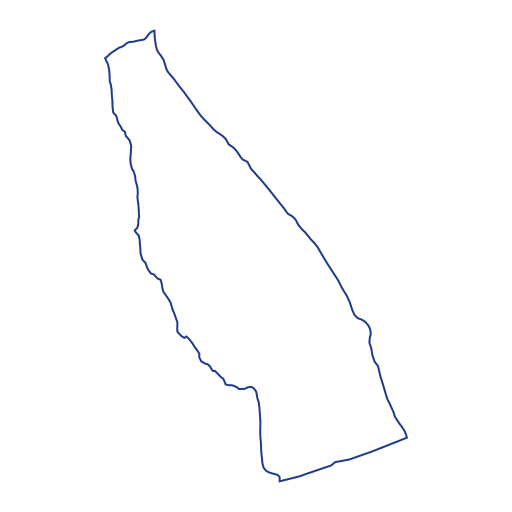 Bobasi, Nyanza, Kenya
{"feature_id": "3690345B31874889890147", "entity_name": "Bobasi", "entity_type": "district", "adm_level": 2, "iso_a3": "KEN", "parent_name": "Kenya", "parent_adm1": "Nyanza", "projection": "equal_earth", "projection_center": [34.791, -0.819], "detail": "fine", "context": "isolated", "style": "outline", "palette": "blue", "viewbox_px": 512, "rotation_deg": 0, "n_neighbors": 0, "source": "geoboundaries", "source_scale": "gbopen_adm2", "svg_char_len": 3533}
<svg xmlns="http://www.w3.org/2000/svg" viewBox="0 0 512 512"><path d="M406.9,437.7L406.0,434.5L404.8,431.4L402.3,427.4L400.0,424.4L397.8,421.1L395.0,416.9L393.4,411.9L391.3,407.2L389.6,403.4L387.3,399.1L385.3,392.5L383.4,386.0L380.3,376.1L379.1,370.7L377.9,366.0L374.6,361.6L372.5,355.5L371.2,348.2L369.4,342.8L369.8,337.9L370.8,333.6L370.1,329.1L368.4,325.6L365.4,322.0L361.3,319.4L357.8,318.2L354.6,315.1L352.5,310.5L351.3,307.1L349.9,302.6L346.8,295.7L344.0,291.3L341.1,286.3L338.4,280.8L336.3,277.4L334.1,274.1L330.4,268.3L327.6,264.0L324.4,258.8L321.1,253.2L320.0,251.3L317.7,247.3L314.7,243.4L310.7,239.2L307.7,235.4L305.3,232.5L302.7,230.0L301.6,228.9L300.8,227.9L298.2,224.7L296.6,221.6L295.9,220.2L295.1,219.1L293.1,217.0L291.3,215.7L288.4,214.1L287.0,212.7L284.3,208.7L281.4,205.1L280.3,203.8L277.4,200.1L275.7,198.0L274.2,196.1L269.6,190.3L264.9,184.5L264.0,183.5L261.1,179.9L259.8,178.5L258.2,176.9L254.9,173.1L251.0,168.8L247.5,161.9L242.8,159.6L240.5,156.9L239.4,155.2L238.7,154.0L236.0,150.3L233.7,147.9L232.1,146.6L228.8,144.5L226.9,141.0L226.1,139.5L225.0,138.2L222.4,135.8L219.4,133.7L217.3,132.5L213.7,129.5L209.6,124.9L208.4,123.7L204.4,119.7L200.7,115.6L196.0,109.2L192.9,104.6L191.6,102.7L190.3,100.8L186.9,96.2L183.1,91.0L180.2,87.4L179.0,85.9L177.7,84.2L174.0,79.1L171.0,75.6L168.2,72.3L167.4,71.0L166.3,68.7L165.1,64.7L163.5,59.7L161.0,55.8L158.7,52.9L157.1,50.2L155.7,44.7L155.3,41.9L154.7,37.1L154.4,30.7L151.1,31.9L149.6,33.4L148.4,34.6L146.3,37.5L144.6,39.3L141.0,40.2L138.7,40.4L135.5,41.2L134.3,41.5L133.0,41.8L129.3,42.0L126.4,43.4L124.4,45.2L121.8,46.8L120.6,47.2L119.3,47.6L116.5,49.4L112.7,51.9L111.3,52.8L110.3,53.6L107.9,56.0L105.1,58.2L108.0,64.4L109.1,69.6L109.6,75.2L109.7,80.7L110.9,85.1L111.6,89.6L111.8,94.8L112.0,97.2L112.3,99.7L112.5,103.9L112.5,106.1L112.6,107.6L113.3,112.6L115.8,115.3L116.7,117.2L117.6,120.7L118.1,122.3L118.9,124.0L120.8,126.8L122.2,129.7L125.0,132.0L125.8,136.0L128.3,138.7L129.8,140.7L131.3,146.5L131.0,148.9L130.8,153.2L130.3,158.4L130.6,163.5L132.0,168.9L132.9,170.1L133.9,172.2L135.0,175.8L135.6,180.6L136.6,184.3L137.1,185.9L137.5,188.5L137.8,192.4L137.4,197.8L138.3,204.1L138.8,210.1L138.9,214.4L139.2,216.5L138.4,219.5L138.3,221.0L138.3,223.9L137.8,226.3L137.2,227.9L134.7,230.5L135.6,232.0L136.6,233.3L138.8,235.6L139.6,239.7L139.8,241.8L139.8,243.3L140.3,247.9L140.5,253.1L141.2,255.8L142.4,259.6L145.5,263.0L147.0,267.1L148.0,269.5L150.9,273.5L154.1,274.5L156.0,276.9L157.6,278.5L160.6,279.8L161.4,282.4L161.9,284.8L162.5,288.8L163.4,291.8L165.9,295.4L167.4,297.4L168.2,298.7L170.5,302.4L171.6,306.0L172.1,307.9L172.5,309.4L174.1,313.1L175.8,317.8L177.4,322.4L177.3,327.1L177.2,329.3L177.5,331.9L179.4,333.9L181.5,336.1L184.3,337.9L186.3,336.5L188.4,338.3L190.0,340.2L192.2,343.0L193.8,345.6L195.5,348.2L197.1,350.3L199.3,353.5L199.3,357.5L201.3,361.4L204.7,363.4L207.8,364.4L209.9,366.2L211.3,368.8L213.1,371.1L215.0,370.9L217.5,373.5L220.5,376.7L223.2,378.7L224.8,382.2L225.6,384.4L228.9,385.3L231.8,385.2L234.7,386.2L237.1,387.4L239.0,389.0L241.8,389.0L244.9,388.8L248.0,387.2L251.8,387.0L254.4,389.0L256.2,391.7L256.8,394.7L257.4,398.3L258.7,402.2L259.4,407.4L259.7,411.7L260.0,415.7L260.3,419.7L260.4,423.8L260.2,430.0L260.4,437.3L261.0,444.0L261.2,451.0L261.6,455.5L262.1,459.7L262.5,463.8L263.7,467.8L265.9,470.6L268.5,472.2L272.1,473.4L274.9,474.1L277.5,474.9L279.6,476.9L279.7,481.3L299.7,476.3L305.7,474.1L325.4,467.4L330.9,465.6L335.3,462.1L349.3,459.5L364.6,454.1L369.7,452.4L406.9,437.7Z" fill="none" stroke="#1e3a8a" stroke-width="2"/></svg>